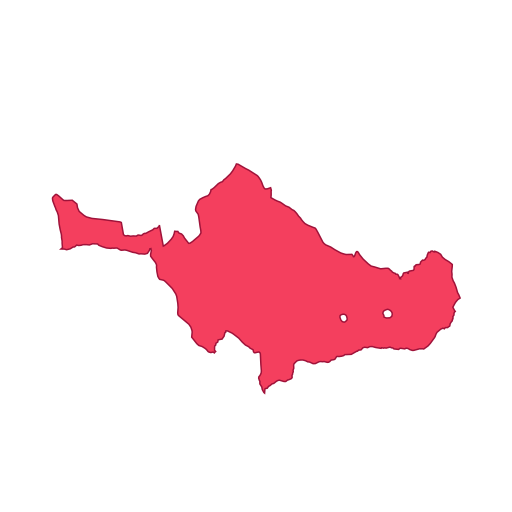 Kole, Kasaï-Oriental, Democratic Republic of the Congo, rotated 310°
{"feature_id": "63176286B77592742780307", "entity_name": "Kole", "entity_type": "district", "adm_level": 2, "iso_a3": "COD", "parent_name": "Democratic Republic of the Congo", "parent_adm1": "Kasaï-Oriental", "projection": "natural_earth1", "projection_center": [22.534, -3.425], "detail": "fine", "context": "isolated", "style": "filled", "palette": "rose", "viewbox_px": 512, "rotation_deg": 310, "n_neighbors": 0, "source": "geoboundaries", "source_scale": "gbopen_adm2", "svg_char_len": 6145}
<svg xmlns="http://www.w3.org/2000/svg" viewBox="0 0 512 512"><g transform="rotate(310 256 256)"><path d="M156.5,350.7L159.6,348.5L160.4,348.3L161.9,349.6L164.3,349.4L165.6,350.0L168.4,350.5L169.8,351.5L173.3,352.2L174.9,352.9L175.9,353.7L177.8,358.0L178.7,359.2L179.2,359.5L181.3,359.9L182.0,360.5L184.5,361.8L185.4,361.9L186.1,361.8L187.7,360.3L189.0,360.0L190.0,359.3L191.2,359.0L192.4,357.8L194.3,357.1L196.7,354.9L197.9,354.4L201.7,354.7L203.1,355.4L204.7,356.7L206.5,358.8L207.6,361.2L208.2,363.7L209.2,365.1L210.2,368.9L211.7,370.6L215.4,372.2L216.6,373.2L218.0,375.2L218.9,375.9L220.4,379.0L221.2,379.8L222.3,380.3L224.6,380.5L226.8,382.4L227.8,382.8L230.7,382.4L231.3,382.8L232.4,384.3L234.3,386.0L236.1,387.2L237.5,387.4L241.9,392.2L247.8,394.4L248.4,395.0L249.7,395.0L251.6,396.8L254.4,396.9L256.0,397.9L257.5,400.4L259.7,401.4L261.4,403.3L262.9,406.6L265.7,411.2L266.5,411.2L267.5,413.1L268.3,413.5L269.1,414.9L272.1,417.0L272.4,417.4L272.8,418.9L273.5,419.8L273.5,421.4L276.1,425.3L277.7,425.6L278.3,426.1L280.5,429.7L281.8,430.2L282.4,431.0L282.9,432.0L283.2,434.1L284.2,436.5L285.1,437.5L290.4,441.2L290.8,442.0L291.7,442.8L292.6,444.3L297.8,445.6L301.2,445.7L308.4,445.2L309.7,444.9L311.5,444.2L313.8,443.7L318.6,444.5L320.9,445.6L321.3,447.1L322.5,447.0L323.0,447.2L324.3,448.8L325.7,449.0L326.6,449.4L327.0,449.4L328.8,448.3L330.5,448.0L332.6,448.0L333.1,447.4L333.9,447.4L334.4,446.9L335.1,446.9L336.0,445.8L338.0,445.6L339.4,444.5L340.6,444.1L341.6,444.3L342.0,442.8L343.3,439.7L348.2,438.7L349.5,438.6L352.3,438.6L355.0,439.4L356.7,436.1L357.5,434.0L360.6,429.4L362.8,425.4L363.7,423.0L365.7,419.7L368.0,417.9L370.0,415.8L374.2,413.0L375.7,411.8L375.6,407.3L374.9,403.2L374.9,399.5L376.0,396.4L375.6,393.0L374.6,390.0L374.1,390.3L373.6,389.8L373.1,387.7L372.0,386.9L370.5,387.1L370.0,385.9L369.4,385.8L366.8,386.6L365.0,387.6L363.1,387.5L362.2,387.8L361.5,387.7L360.4,387.1L359.9,386.2L357.1,386.0L355.7,386.8L355.1,386.8L354.2,386.3L352.6,384.6L351.9,384.2L350.8,384.5L350.2,383.9L349.6,383.9L347.3,385.7L346.2,385.8L343.0,383.2L341.9,383.1L340.6,383.8L340.3,383.3L340.9,382.4L338.0,380.1L337.3,380.1L335.2,381.0L333.5,380.9L332.6,380.5L332.1,380.6L331.5,381.4L331.0,380.6L331.4,380.4L332.9,376.8L332.9,376.1L331.9,374.6L332.2,373.7L331.8,373.0L331.3,370.9L331.6,369.6L331.5,368.0L331.7,366.5L331.5,365.1L330.1,363.4L326.3,359.7L323.8,353.8L322.3,350.7L322.1,347.2L322.5,340.0L323.6,334.5L324.5,332.0L324.6,330.9L324.0,330.2L322.4,330.4L319.4,331.5L318.5,331.5L318.1,331.1L318.6,330.0L318.9,328.4L315.0,324.0L313.9,321.7L312.8,318.9L311.5,312.4L310.9,307.5L309.3,302.1L309.3,299.9L309.6,298.3L313.8,288.3L315.2,284.6L315.4,283.3L314.7,281.5L312.9,275.9L312.3,272.6L312.6,269.8L313.1,267.3L313.6,265.9L313.9,263.0L314.7,260.1L315.1,257.6L315.2,255.7L314.7,253.8L314.6,250.0L313.4,246.4L313.1,242.5L312.8,239.9L311.8,237.1L311.1,234.4L310.3,229.9L312.5,228.4L315.4,225.9L316.2,225.5L317.7,223.3L314.6,221.4L313.2,219.9L313.3,218.4L314.4,215.9L316.1,213.0L317.1,210.8L317.7,208.9L318.3,206.5L318.4,205.2L317.1,195.2L316.3,191.9L314.8,183.3L313.9,181.8L311.7,182.5L306.3,183.4L302.4,183.6L295.8,182.9L293.8,182.4L292.1,182.5L290.9,182.3L289.7,181.5L287.2,180.6L281.5,180.0L279.1,179.5L278.0,178.9L276.0,179.9L273.3,180.6L271.2,180.4L269.3,179.2L266.5,177.8L263.2,176.5L261.1,176.5L255.5,178.2L252.9,179.7L251.9,180.8L250.8,184.9L249.1,187.1L242.4,194.5L239.9,197.5L238.3,199.0L235.8,199.4L234.2,199.4L226.1,198.0L223.4,197.2L222.4,196.3L223.8,189.6L224.7,187.4L225.0,184.8L224.2,182.7L224.1,181.8L224.6,180.3L223.8,179.4L222.7,177.8L220.4,179.0L217.6,180.0L214.3,180.3L208.8,180.0L204.8,179.0L204.0,178.6L217.6,162.1L216.4,162.7L213.5,162.3L211.8,160.3L209.8,160.1L205.3,158.1L202.6,157.1L201.6,156.0L200.5,155.5L198.5,155.2L197.8,154.7L196.6,152.6L196.1,152.1L194.3,151.5L192.4,149.0L190.5,147.2L189.3,144.7L188.0,143.7L187.2,142.5L187.2,140.7L195.1,131.3L194.7,129.9L185.4,115.1L179.3,106.1L176.9,100.9L176.5,98.1L176.5,91.9L178.2,88.3L180.7,85.4L180.6,79.4L176.9,75.4L175.1,73.2L175.0,72.0L175.2,66.3L175.0,63.7L174.3,62.9L172.2,62.7L170.3,62.6L169.5,62.9L168.2,64.2L167.5,65.1L164.6,70.2L164.1,71.3L162.9,73.2L162.0,75.4L160.0,78.6L153.9,84.7L150.3,89.1L147.6,92.8L146.3,94.2L145.2,95.1L142.8,97.9L141.0,99.4L138.0,102.4L136.0,102.1L138.1,104.7L139.1,106.9L142.0,109.0L145.3,110.1L146.1,111.0L146.8,111.3L149.1,111.6L150.1,113.5L151.8,115.1L153.5,116.2L155.8,118.9L157.4,121.3L160.3,122.9L163.4,126.9L163.2,128.7L164.4,132.4L166.1,136.4L168.6,140.0L169.5,140.6L170.6,142.1L172.4,143.9L172.9,144.8L173.4,148.2L173.9,149.2L176.4,151.7L177.4,153.6L179.6,159.2L181.1,161.7L182.4,165.1L183.7,166.4L186.0,169.6L188.2,171.1L191.9,170.7L193.2,170.0L194.1,170.7L193.7,171.0L193.1,172.2L189.2,174.4L188.1,175.5L187.4,178.3L186.4,183.1L185.6,184.9L185.0,185.8L183.4,187.0L180.2,190.3L177.3,193.9L176.5,195.9L176.2,197.2L177.8,200.3L178.2,201.6L178.1,203.9L177.3,212.8L175.4,218.9L174.1,221.2L169.5,226.5L166.5,229.4L162.1,232.6L160.9,233.9L160.6,234.9L160.6,248.4L159.6,251.9L157.8,254.8L156.7,256.0L152.5,258.9L150.8,267.0L150.7,269.7L152.0,272.8L152.5,276.2L152.5,278.2L152.0,280.8L152.2,281.8L153.0,283.5L154.8,284.8L155.0,286.4L155.7,286.3L156.9,286.5L157.2,284.8L159.6,282.8L160.7,282.2L161.8,282.4L163.4,281.4L165.5,282.0L167.4,280.9L170.0,282.9L170.4,283.4L174.0,283.1L177.2,281.5L178.2,281.8L178.8,281.3L179.4,281.1L180.3,282.4L181.5,287.0L181.7,288.7L182.0,295.6L181.2,300.9L181.0,305.1L181.8,308.7L181.6,310.8L182.3,314.0L181.0,315.7L180.8,316.9L181.8,318.0L182.7,318.5L184.4,320.0L184.4,321.3L183.9,322.2L176.2,329.3L171.4,334.0L169.8,335.1L168.2,335.6L166.8,335.9L165.5,335.8L164.2,336.5L163.0,338.3L162.5,339.5L160.5,341.2L159.4,344.6L157.7,346.7L156.5,349.8L156.5,350.7ZM292.7,392.1L293.6,390.0L295.1,389.3L296.6,389.3L298.5,390.2L299.7,391.0L300.3,392.1L300.6,393.8L300.5,395.2L300.0,396.7L298.7,398.0L297.0,398.8L294.7,398.3L292.3,395.7L291.5,393.4L292.7,392.1ZM263.0,366.6L262.0,366.1L261.2,364.3L261.5,362.2L263.1,359.5L264.5,358.7L265.7,359.0L267.3,360.0L268.1,361.1L268.5,362.5L268.3,363.7L267.6,364.8L266.8,365.9L265.7,366.8L264.3,366.8L263.0,366.6Z" fill="#f43f5e" stroke="#9f1239" stroke-width="1.5"/></g></svg>